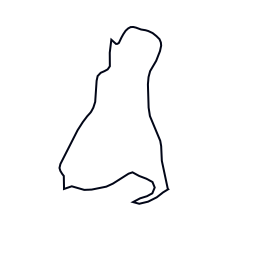 outline of Umm Al Qaywayn, rotated 221°
{"feature_id": "ARE-339", "entity_name": "Umm Al Qaywayn", "entity_type": "Emirate", "adm_level": 1, "iso_a3": "ARE", "parent_name": "United Arab Emirates", "parent_adm1": "", "projection": "equal_earth", "projection_center": [55.75, 25.47], "detail": "fine", "context": "isolated", "style": "outline", "palette": "ink", "viewbox_px": 256, "rotation_deg": 221, "n_neighbors": 0, "source": "natural_earth", "source_scale": "10m", "svg_char_len": 998}
<svg xmlns="http://www.w3.org/2000/svg" viewBox="0 0 256 256"><g transform="rotate(221 128 128)"><path d="M57.5,108.1L59.3,102.4L60.8,94.6L64.5,85.6L69.8,78.2L75.6,75.4L72.7,82.9L68.9,89.0L66.8,94.7L68.8,100.6L74.1,103.3L80.8,101.8L88.2,99.1L95.5,97.5L97.6,93.9L102.9,76.1L105.9,69.5L115.0,57.7L120.4,52.6L132.2,47.1L136.3,40.0L136.7,40.5L145.0,49.7L147.6,50.2L151.0,51.3L153.5,52.9L155.4,56.5L164.6,93.3L166.0,102.9L166.5,110.1L166.4,114.6L166.5,116.1L167.5,120.6L169.9,126.2L182.7,143.1L185.0,147.3L184.8,151.8L183.1,155.4L181.8,158.9L182.2,162.7L191.2,172.9L198.5,183.7L192.2,183.6L191.2,184.6L190.7,186.2L192.3,192.0L193.1,195.8L193.6,199.9L193.2,203.3L192.2,205.9L190.3,207.7L187.8,209.0L182.8,210.9L178.9,213.3L176.3,214.5L171.7,215.8L166.8,216.0L162.5,215.7L159.3,214.1L157.0,211.9L154.3,207.0L150.8,197.2L148.6,185.4L145.9,179.9L141.6,174.0L125.8,156.9L119.3,151.4L95.3,139.5L91.1,136.1L80.9,125.4L58.6,108.6L57.6,108.1L57.5,108.1Z" fill="none" stroke="#020617" stroke-width="2"/></g></svg>